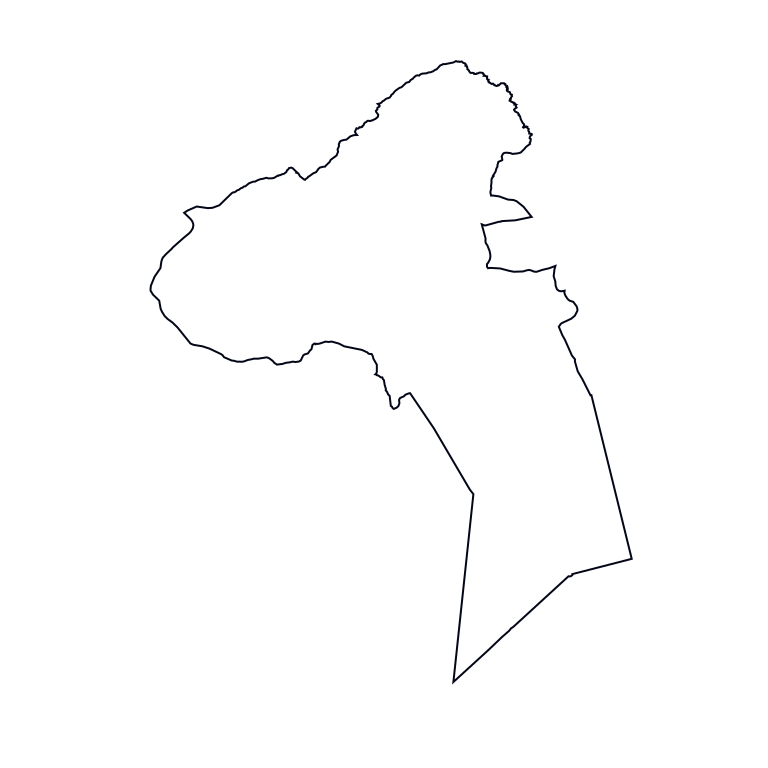 Gatsibo, Eastern, Rwanda (Robinson projection), rotated 80°
{"feature_id": "39286606B53863210323147", "entity_name": "Gatsibo", "entity_type": "district", "adm_level": 2, "iso_a3": "RWA", "parent_name": "Rwanda", "parent_adm1": "Eastern", "projection": "robinson", "projection_center": [30.287, -1.667], "detail": "fine", "context": "isolated", "style": "outline", "palette": "ink", "viewbox_px": 768, "rotation_deg": 80, "n_neighbors": 0, "source": "geoboundaries", "source_scale": "gbopen_adm2", "svg_char_len": 6105}
<svg xmlns="http://www.w3.org/2000/svg" viewBox="0 0 768 768"><g transform="rotate(80 384 384)"><path d="M180.7,551.1L187.7,546.0L190.4,544.6L192.9,544.1L194.7,544.2L197.5,545.3L200.3,547.8L201.8,549.8L205.3,556.0L213.1,568.7L213.6,569.0L218.1,575.9L220.9,579.6L222.7,581.0L225.3,582.2L231.0,584.0L238.6,591.4L246.7,596.5L250.6,597.6L251.9,597.6L256.0,595.9L262.9,590.9L271.2,590.9L274.3,590.1L279.0,588.2L282.4,585.8L286.9,581.5L292.5,577.5L310.5,567.6L312.3,564.9L315.3,556.4L318.8,549.8L326.1,539.5L327.4,538.1L329.8,536.9L334.5,529.8L335.1,527.6L336.4,525.1L337.4,520.1L337.5,518.4L336.7,513.9L336.6,508.8L336.4,508.1L337.2,503.6L337.4,494.8L338.3,493.1L341.0,490.4L342.6,489.1L343.8,488.6L346.3,486.1L346.6,480.4L346.1,477.2L346.3,472.8L346.1,470.0L347.0,467.4L347.1,463.7L346.4,461.9L341.8,458.6L341.1,457.1L340.7,453.6L338.0,450.9L337.3,449.5L333.1,447.6L332.1,445.5L332.7,444.7L332.4,444.6L333.0,442.5L333.0,440.1L332.1,434.3L333.0,431.2L333.1,428.3L333.4,427.6L336.4,421.3L340.0,416.6L346.6,399.8L350.1,394.8L351.3,394.1L351.9,393.0L352.3,391.0L354.2,390.3L357.4,390.0L363.8,387.7L370.6,388.9L372.1,389.6L373.0,390.8L373.4,389.7L374.0,389.6L374.8,388.0L376.9,386.0L377.2,384.5L379.0,384.2L380.2,383.4L384.9,383.5L389.2,383.0L390.5,383.4L392.2,382.4L395.1,381.7L396.6,380.5L406.8,381.1L407.7,380.1L409.0,379.8L410.2,378.8L409.5,375.7L408.3,373.7L405.7,372.2L402.2,371.9L400.6,370.7L399.6,366.6L398.2,364.6L397.5,360.9L397.6,359.9L436.3,342.6L502.9,317.8L508.0,315.1L689.5,367.4L664.2,327.5L653.4,311.3L648.7,303.5L646.6,301.2L646.0,299.5L644.8,297.5L605.4,235.7L605.8,234.5L605.7,233.2L604.8,231.6L603.9,231.5L599.2,170.4L431.0,181.7L431.0,182.6L414.0,187.7L405.2,191.0L394.9,192.1L392.9,191.6L388.6,194.0L372.0,198.1L366.9,199.9L358.0,201.9L355.6,199.6L354.9,198.3L352.2,188.2L349.8,184.1L345.4,180.8L343.8,180.5L341.0,180.8L336.0,183.3L334.1,186.8L332.5,188.2L328.8,189.9L326.6,190.4L325.1,190.5L323.5,189.9L323.5,193.2L323.1,194.5L322.4,195.8L320.8,197.2L317.1,197.9L312.7,197.5L307.3,198.2L300.6,196.2L297.5,194.7L298.7,201.3L299.1,208.2L300.0,214.3L299.4,216.7L297.9,219.0L296.9,221.2L296.8,223.4L297.3,227.6L296.0,236.6L294.5,240.6L290.4,249.5L288.2,258.7L288.0,261.5L286.4,262.2L283.8,261.8L282.7,260.4L279.7,258.1L277.4,257.2L275.7,256.9L271.5,256.9L265.6,258.1L262.8,259.3L260.9,259.3L258.4,258.7L243.7,260.0L245.3,257.4L245.5,256.4L244.2,243.0L244.4,240.7L244.0,240.0L245.6,226.4L245.1,209.6L233.7,215.8L227.0,221.7L225.3,224.5L223.9,229.9L219.2,238.1L217.3,244.1L217.1,245.8L214.3,246.0L212.6,245.6L209.6,244.3L207.9,244.3L204.1,243.1L201.8,242.8L200.2,242.1L198.6,240.3L198.4,240.1L198.0,240.6L194.3,237.3L191.2,235.8L189.6,234.5L188.2,234.3L185.1,232.8L184.1,228.7L183.5,228.5L180.3,228.6L178.0,226.9L177.3,225.5L177.4,224.2L177.6,222.6L178.7,219.1L179.7,217.7L180.1,212.2L179.8,209.2L177.0,205.1L175.2,203.0L172.9,198.5L171.7,198.6L170.8,197.7L168.2,196.9L167.2,197.9L166.2,197.6L164.9,196.5L164.4,195.3L163.7,195.0L162.9,196.2L162.6,197.5L160.6,197.3L160.0,197.8L159.1,197.8L158.0,197.2L156.9,198.3L156.1,198.5L155.6,198.2L155.0,199.3L155.5,200.1L155.8,202.0L155.4,202.5L153.3,200.9L152.1,201.2L151.0,202.1L147.1,203.3L143.8,203.6L142.9,204.6L142.3,204.8L142.0,204.3L140.3,205.0L138.5,207.4L136.9,208.3L136.4,208.3L135.8,207.6L134.8,205.4L133.4,206.0L132.5,205.7L132.0,206.2L131.9,205.9L131.7,206.4L131.5,206.0L131.3,206.3L131.0,206.0L130.5,206.3L130.7,206.8L130.1,207.5L129.7,207.4L129.7,207.8L128.9,208.1L128.1,209.7L127.3,210.5L126.7,210.2L126.6,211.0L125.3,210.5L124.8,209.5L124.3,209.5L122.7,207.9L121.9,208.3L121.2,207.9L120.5,209.1L118.4,209.4L117.5,211.2L116.6,211.9L116.3,211.6L116.1,212.0L115.2,211.8L115.7,211.3L115.4,211.0L114.4,210.8L113.6,211.4L113.6,210.8L113.0,210.8L111.8,211.0L111.5,211.6L111.8,211.9L109.9,213.0L110.0,212.5L109.7,212.4L108.7,213.5L108.1,216.6L109.8,219.0L109.3,219.7L110.0,220.3L110.1,221.4L109.1,223.1L108.6,223.1L108.3,224.0L107.6,224.1L107.3,224.8L107.3,224.5L107.1,224.6L107.1,226.2L105.8,227.2L105.4,228.1L104.9,228.1L104.4,228.7L103.8,228.3L102.3,229.1L102.2,228.6L101.3,229.6L99.3,229.1L99.3,229.4L98.8,229.4L98.1,231.4L97.9,230.9L96.4,232.4L95.8,232.1L95.0,232.6L94.5,233.4L93.9,235.8L94.5,237.8L94.2,238.4L94.7,239.6L94.2,241.5L93.5,241.5L93.0,242.5L92.6,244.8L91.0,245.8L89.9,246.0L88.5,247.2L87.5,246.9L86.2,247.4L85.8,247.1L84.8,247.5L84.7,248.2L84.2,247.9L84.0,248.4L82.6,248.2L81.2,250.5L80.0,251.3L79.8,254.0L79.4,254.3L79.3,255.8L78.5,257.0L79.4,259.8L79.6,268.2L79.2,270.4L79.7,271.5L80.0,273.3L83.2,277.4L83.5,279.2L84.5,281.1L85.1,284.0L84.9,286.2L85.4,287.9L85.0,292.5L85.4,294.4L86.4,295.9L85.8,297.4L86.0,299.1L87.6,301.8L88.2,302.3L89.3,305.0L90.9,306.7L91.2,309.8L94.7,315.1L95.1,317.4L96.9,321.3L97.9,322.9L99.5,324.5L100.7,326.7L101.5,327.1L102.9,328.7L103.5,332.5L104.9,334.9L105.3,336.3L106.0,337.0L106.9,338.8L107.1,341.5L109.0,340.0L109.9,340.2L110.8,342.4L111.1,342.7L112.5,342.9L113.6,344.6L114.9,344.4L117.8,342.9L119.8,343.6L121.5,346.5L122.0,348.8L122.4,349.4L122.3,350.6L122.7,352.0L122.0,353.8L122.0,354.7L122.9,355.9L123.2,357.2L124.2,358.5L125.4,359.0L126.5,360.9L126.8,360.6L127.0,360.8L127.2,362.4L126.9,363.3L127.2,363.4L127.2,364.0L127.9,364.8L127.9,365.6L127.4,366.7L130.5,368.8L132.3,368.3L134.1,367.3L133.7,370.7L134.3,374.2L136.8,378.5L136.7,381.3L137.1,384.3L138.1,385.8L139.1,386.1L139.9,386.9L141.7,386.9L145.0,389.0L147.3,388.9L150.7,391.0L154.0,397.6L155.9,399.0L158.5,402.9L159.7,404.3L159.5,405.9L159.7,409.5L160.9,411.4L163.6,414.1L164.2,417.0L166.5,421.7L166.7,422.6L167.7,423.6L168.6,425.7L169.2,426.3L168.8,427.1L164.8,430.7L161.7,431.8L160.7,433.6L160.3,433.1L155.5,436.6L154.8,437.8L154.9,440.1L156.1,441.1L156.7,442.4L158.3,443.4L159.6,446.0L159.8,448.3L160.3,449.8L160.2,451.0L160.6,451.8L160.3,452.2L161.9,456.4L162.0,458.7L161.4,462.3L160.5,463.9L160.9,467.9L160.8,470.1L161.3,472.4L161.0,471.9L162.3,475.9L162.0,477.7L162.9,482.1L165.2,486.2L165.2,487.9L166.1,489.2L166.3,490.9L167.6,493.3L167.8,495.0L168.7,496.6L169.2,498.0L169.1,499.4L169.6,500.7L179.4,515.1L180.7,522.3L180.2,527.0L176.7,537.6L179.0,547.1L180.7,551.1Z" fill="none" stroke="#020617" stroke-width="2"/></g></svg>